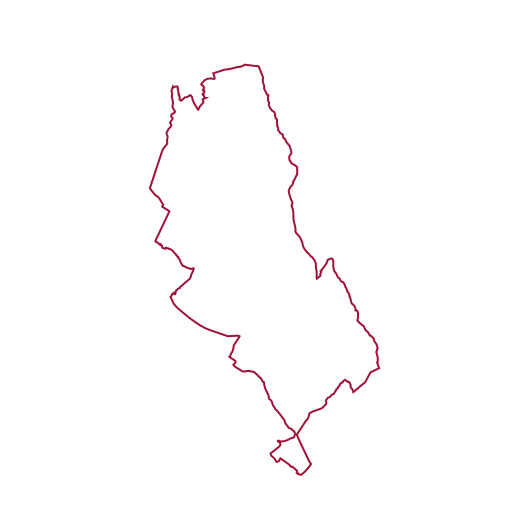 outline of Ciomagesti, Arges, Romania, rotated 125°
{"feature_id": "2599482B53868584928572", "entity_name": "Ciomagesti", "entity_type": "district", "adm_level": 2, "iso_a3": "ROU", "parent_name": "Romania", "parent_adm1": "Arges", "projection": "equal_earth", "projection_center": [24.476, 44.857], "detail": "fine", "context": "isolated", "style": "outline", "palette": "rose", "viewbox_px": 512, "rotation_deg": 125, "n_neighbors": 0, "source": "geoboundaries", "source_scale": "gbopen_adm2", "svg_char_len": 6126}
<svg xmlns="http://www.w3.org/2000/svg" viewBox="0 0 512 512"><g transform="rotate(125 256 256)"><path d="M219.6,393.5L222.4,393.4L224.8,392.8L261.3,381.8L261.9,380.6L263.9,373.4L263.8,370.0L264.3,368.3L267.2,361.5L268.8,361.4L269.4,361.1L269.0,352.6L301.2,347.1L301.9,346.1L301.5,345.4L301.7,342.1L301.0,341.2L302.0,340.5L301.9,340.2L301.4,339.8L301.3,339.2L301.9,338.4L302.7,337.9L302.9,337.1L302.3,334.6L301.1,334.6L300.6,334.3L300.6,333.0L300.0,332.1L300.2,331.3L299.4,330.0L299.6,328.8L299.5,326.7L300.1,325.8L300.5,322.8L301.2,321.6L301.1,321.0L301.5,320.0L301.3,319.3L302.1,318.6L302.5,316.9L304.7,313.7L306.1,310.1L305.5,308.8L305.2,305.9L304.5,304.0L304.5,303.0L303.5,301.4L302.1,300.4L301.9,299.9L304.3,299.0L308.0,298.4L312.0,297.2L312.9,297.2L321.4,299.5L321.9,299.4L324.6,300.4L325.8,300.1L327.7,301.2L328.5,301.1L330.2,301.7L333.6,300.3L333.8,300.6L333.4,301.0L333.3,301.3L332.6,301.4L332.5,301.7L333.1,302.1L334.1,302.2L334.3,302.5L335.2,302.3L335.3,302.5L335.0,302.7L335.2,302.9L336.9,302.4L338.6,302.5L342.3,296.1L343.1,293.2L343.8,288.9L344.9,275.1L345.0,266.6L344.8,261.3L344.2,256.0L342.9,250.5L337.9,233.1L332.2,225.9L331.6,225.0L331.1,223.5L331.3,223.3L342.1,222.9L344.1,221.8L347.4,220.6L351.2,220.3L352.5,219.8L353.9,220.0L353.8,213.2L354.0,212.2L355.2,211.8L358.1,212.1L358.7,209.7L358.3,200.9L357.7,200.2L357.1,198.8L356.2,198.4L353.8,195.4L353.9,194.9L353.7,194.2L352.7,192.6L352.1,191.0L352.6,186.8L353.1,185.4L352.9,184.1L353.5,182.9L353.4,181.6L355.1,178.4L354.8,177.6L354.9,177.0L356.5,175.8L359.0,172.7L360.0,171.2L360.5,170.8L360.7,169.6L361.7,168.3L362.8,166.0L365.3,163.7L365.6,162.9L365.6,160.9L366.1,159.7L368.7,156.4L369.4,153.9L370.4,152.6L370.5,150.6L372.2,144.5L373.7,140.4L373.8,139.3L376.1,136.0L376.9,134.0L377.1,132.6L378.0,131.2L377.9,130.1L377.4,128.1L377.5,127.1L377.8,125.6L377.9,123.7L378.7,122.9L379.0,121.8L382.8,120.9L385.7,123.1L389.1,124.8L392.5,127.7L394.0,129.9L394.3,131.7L394.8,132.1L395.3,131.7L395.2,129.5L395.4,128.8L396.2,128.1L397.1,127.7L398.2,127.6L399.6,127.9L409.4,130.8L410.8,129.0L411.2,125.3L411.7,123.6L412.4,122.6L412.9,120.9L412.4,120.5L410.4,119.6L407.8,120.0L407.8,110.3L408.1,107.7L408.5,107.3L408.3,105.7L407.7,105.2L408.0,102.6L408.4,99.2L410.3,98.3L410.5,96.6L409.8,96.3L410.1,95.0L409.2,93.4L404.7,92.3L400.1,91.7L394.9,91.6L393.1,95.8L380.6,117.6L378.8,120.1L362.7,120.6L359.0,120.2L354.1,122.0L350.3,120.0L343.6,115.1L341.8,114.4L337.2,113.7L336.3,114.0L334.0,115.9L331.1,115.9L328.6,114.4L326.8,114.5L323.8,113.2L321.7,113.5L320.4,113.3L318.9,113.8L317.7,113.2L315.8,113.6L314.7,113.1L313.5,113.6L311.2,113.5L309.8,112.5L308.6,112.9L306.3,112.0L306.5,109.3L306.4,108.3L305.9,108.2L306.1,106.8L307.5,104.3L309.0,103.5L309.5,102.6L309.8,101.1L310.4,99.7L311.7,98.3L309.9,97.6L307.6,97.3L306.5,96.5L305.1,96.5L296.9,94.2L285.7,95.5L277.3,90.8L276.4,92.0L275.2,94.0L274.8,94.1L273.8,95.6L273.5,95.4L271.6,96.4L270.7,97.2L269.8,97.6L265.5,102.5L264.8,102.7L264.0,102.6L262.7,103.5L261.8,103.3L259.2,106.6L258.0,110.0L257.2,111.2L256.0,112.4L255.5,115.6L255.8,117.4L255.0,118.4L254.9,119.2L254.0,121.2L254.0,122.6L253.8,124.1L251.7,127.2L251.5,128.5L251.9,129.9L251.4,131.0L251.4,133.2L251.1,133.8L251.1,134.4L250.8,135.7L250.3,136.2L247.9,137.0L246.8,138.1L245.4,138.8L244.1,139.9L243.0,141.3L242.8,141.9L243.5,143.2L241.9,144.4L240.5,146.6L240.1,148.4L240.0,150.5L236.1,155.0L235.8,156.0L234.2,157.3L233.3,158.9L232.9,160.5L231.8,161.6L231.4,162.6L230.5,163.5L230.3,164.6L228.9,166.5L227.4,169.4L227.8,170.7L227.9,171.9L227.6,172.7L226.8,174.0L226.5,175.4L226.6,176.6L225.1,178.9L224.1,181.0L223.4,183.4L220.5,186.6L215.4,190.1L214.5,191.9L215.0,193.2L218.2,195.1L220.0,194.3L222.5,194.0L227.5,194.1L231.0,194.4L231.3,194.3L231.0,193.7L231.3,193.5L233.8,193.0L235.3,191.9L239.6,193.1L239.0,193.9L234.0,197.3L231.4,200.0L227.8,202.8L226.7,204.3L225.8,205.8L224.9,208.7L224.7,211.5L224.1,213.2L223.6,216.8L222.2,220.8L221.0,223.1L218.4,225.8L217.4,227.4L215.7,230.4L214.9,232.3L214.2,236.1L213.1,238.1L211.7,238.7L210.7,239.5L204.8,246.0L198.3,250.9L196.3,253.1L194.4,255.8L193.0,255.9L191.2,257.0L189.1,260.6L185.2,265.4L183.7,266.7L179.7,267.5L176.9,267.0L175.1,267.5L174.1,268.1L173.0,268.1L172.3,268.5L171.6,268.3L165.8,269.2L164.4,269.8L159.7,273.2L159.3,275.8L159.8,280.5L158.6,281.9L158.7,282.7L158.5,283.2L156.0,285.6L154.5,286.0L152.1,285.9L150.7,286.6L149.0,288.3L147.7,290.4L146.6,291.4L145.0,297.2L143.6,299.0L143.6,301.2L141.2,303.8L141.4,306.9L140.4,308.7L140.1,310.3L138.3,311.3L137.3,313.4L136.3,313.7L135.2,315.2L132.4,316.8L132.1,317.3L132.0,318.9L131.1,319.6L130.3,320.9L129.1,321.4L128.7,322.2L127.6,323.4L127.8,325.8L127.4,326.9L127.0,328.8L125.4,331.6L124.8,332.3L122.7,333.3L121.8,335.4L120.9,335.8L119.6,337.0L117.2,338.0L117.1,338.6L117.5,339.8L116.4,341.2L114.7,344.7L114.0,345.5L111.9,346.9L109.4,350.5L108.7,350.7L106.9,352.1L105.9,352.3L99.1,362.6L105.9,375.2L107.8,375.8L109.5,377.0L113.0,380.7L114.5,381.7L118.5,385.4L120.5,387.5L121.1,388.4L130.8,395.8L133.9,391.9L134.4,391.7L135.0,391.9L136.6,395.1L138.9,397.6L141.9,399.0L146.7,399.4L147.1,398.3L146.9,396.6L147.7,395.7L147.9,395.1L148.8,394.9L149.4,394.5L150.5,394.7L150.8,394.1L150.3,393.2L151.2,392.4L152.6,392.2L153.4,392.7L154.0,392.5L154.5,391.7L154.2,391.2L156.0,388.9L155.4,387.9L158.3,389.5L159.9,387.5L160.5,387.2L165.6,387.8L169.2,387.2L169.2,388.0L166.6,393.8L164.8,397.0L162.5,399.6L161.8,401.7L161.9,402.1L162.2,402.3L165.2,403.5L166.9,405.2L171.4,406.3L171.7,406.5L171.5,407.1L171.9,408.0L171.8,408.3L169.9,409.4L168.9,410.5L168.7,411.4L167.9,411.5L167.5,411.8L167.3,413.0L166.1,413.7L165.1,414.6L164.8,415.2L164.2,415.5L163.7,416.3L162.4,417.1L162.4,417.9L163.5,419.3L165.2,420.2L165.3,420.6L165.0,421.2L169.2,420.0L170.9,417.9L174.1,416.2L174.6,415.3L176.6,413.5L177.8,412.0L181.6,410.1L183.1,407.6L183.8,405.6L184.2,405.1L185.4,405.0L188.3,406.4L189.5,406.1L190.7,404.9L190.6,403.9L190.9,403.5L192.1,402.9L195.8,403.1L196.2,402.8L196.5,401.8L197.6,400.4L199.3,400.0L202.0,400.5L206.3,400.0L207.7,398.8L208.6,397.2L209.8,396.3L212.0,395.5L213.5,394.1L214.6,393.4L215.8,393.1L219.6,393.5Z" fill="none" stroke="#9f1239" stroke-width="2"/></g></svg>